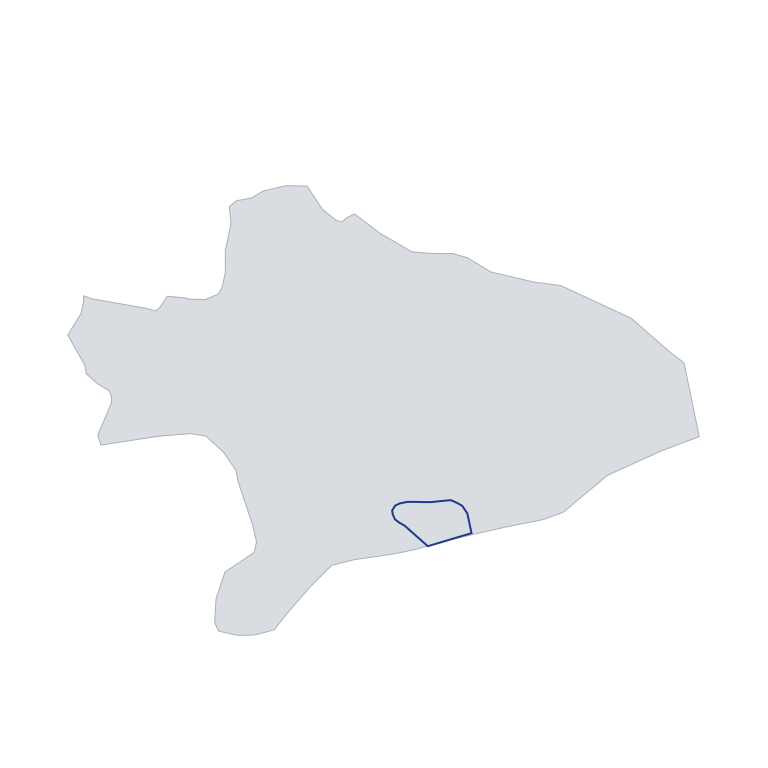 where Bujumbura Mairie sits in Burundi, rotated 257°
{"feature_id": "BDI-3364", "entity_name": "Bujumbura Mairie", "entity_type": "Province", "adm_level": 1, "iso_a3": "BDI", "parent_name": "Burundi", "parent_adm1": "", "projection": "natural_earth1", "projection_center": [29.344, -3.441], "detail": "fine", "context": "in_parent", "style": "outline", "palette": "blue", "viewbox_px": 768, "rotation_deg": 257, "n_neighbors": 0, "source": "natural_earth", "source_scale": "10m", "svg_char_len": 1399}
<svg xmlns="http://www.w3.org/2000/svg" viewBox="0 0 768 768"><g transform="rotate(257 384 384)"><path d="M537.6,111.0L532.8,118.3L510.8,170.2L506.6,178.0L509.0,182.8L518.3,192.6L512.8,209.0L510.6,213.3L506.5,228.6L508.8,242.6L514.1,247.8L528.3,254.5L549.7,259.4L574.9,271.1L591.8,273.2L595.8,281.6L595.0,296.6L599.2,309.7L599.3,333.0L594.2,353.5L568.2,363.2L554.9,373.7L551.2,379.0L554.5,385.2L556.3,393.5L531.8,413.9L506.7,440.7L500.7,458.7L495.7,480.0L488.3,493.6L469.2,513.2L449.7,552.7L440.1,578.4L392.2,639.9L349.6,670.6L337.2,681.1L261.9,679.3L256.2,637.8L244.7,581.1L218.8,530.0L216.1,508.6L217.3,467.3L217.4,409.3L215.7,378.1L216.2,355.4L219.5,315.8L219.1,292.2L202.0,265.0L180.8,236.0L169.3,221.8L168.7,210.4L168.8,199.8L172.2,184.4L180.5,167.2L189.8,165.3L212.7,172.1L236.5,186.7L249.1,219.6L258.8,224.3L276.4,224.3L321.4,219.9L332.6,220.5L353.0,212.6L373.3,198.8L379.2,184.4L383.9,152.2L388.2,94.3L398.6,93.6L426.9,114.2L433.0,115.6L439.0,114.9L448.9,104.7L460.9,96.3L469.9,96.6L502.8,86.9L520.5,104.4L531.7,109.8L537.6,111.0Z" fill="#d9dde1" stroke="#a8b0b8" stroke-width="1"/><path d="M219.0,435.7L216.1,390.2L229.3,380.8L241.1,372.4L245.3,367.9L249.6,364.2L255.1,363.2L258.9,363.5L263.0,367.5L264.1,372.5L263.9,379.9L262.5,386.5L260.5,394.2L258.4,402.9L257.0,414.0L255.8,423.0L251.5,428.7L247.7,432.8L239.0,436.1L219.0,435.7Z" fill="none" stroke="#1e3a8a" stroke-width="2"/></g></svg>